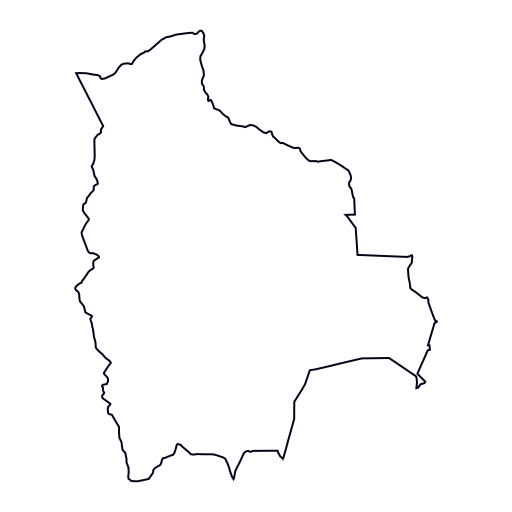 map outline of Bolivia (Robinson projection)
{"feature_id": "BOL", "entity_name": "Bolivia", "entity_type": "country or territory", "adm_level": 0, "iso_a3": "BOL", "parent_name": "South America", "parent_adm1": "", "projection": "robinson", "projection_center": [-65.153, -16.301], "detail": "fine", "context": "isolated", "style": "outline", "palette": "ink", "viewbox_px": 512, "rotation_deg": 0, "n_neighbors": 0, "source": "natural_earth", "source_scale": "50m", "svg_char_len": 4966}
<svg xmlns="http://www.w3.org/2000/svg" viewBox="0 0 512 512"><path d="M79.3,297.2L79.3,295.6L78.9,293.2L77.7,291.3L75.8,290.0L75.2,288.4L75.8,286.7L79.4,283.5L81.4,282.9L81.9,281.3L83.0,279.9L86.4,275.1L88.4,272.0L90.4,270.1L92.7,268.8L93.7,267.7L93.2,264.3L93.3,262.0L94.1,260.5L96.4,259.0L98.5,257.8L99.0,257.3L98.8,256.4L96.9,254.7L92.9,253.1L90.3,253.3L88.6,252.0L87.8,250.8L82.5,236.7L81.6,233.4L81.7,232.2L85.1,225.2L86.5,222.9L88.9,219.6L88.5,218.3L84.2,212.9L82.8,210.3L82.9,207.7L83.3,204.5L85.8,202.8L86.5,200.3L87.0,197.8L88.0,196.9L89.1,195.5L90.4,193.4L92.4,191.6L93.6,190.2L93.8,186.4L94.8,185.4L97.5,184.1L97.8,183.1L97.2,180.6L95.8,177.8L94.7,176.5L93.2,169.8L91.7,166.5L92.3,165.2L93.3,163.5L94.4,160.1L94.7,156.2L94.4,141.9L94.4,139.1L95.8,137.1L97.7,134.8L99.4,133.9L101.0,132.5L100.8,129.8L101.9,128.1L103.2,126.1L99.1,118.2L95.6,111.3L92.3,104.7L88.4,97.2L85.9,92.2L82.7,86.0L79.9,80.6L76.2,73.2L79.6,73.0L86.7,73.3L93.5,74.6L98.1,75.2L100.0,76.3L100.5,78.1L101.7,79.0L103.2,78.7L104.9,78.5L108.6,76.7L111.6,75.4L114.2,74.0L115.6,72.5L118.8,67.5L121.4,64.7L123.8,63.7L128.5,63.3L130.0,64.1L131.9,64.0L133.5,61.1L136.1,57.9L141.0,53.9L143.6,52.9L145.1,51.5L147.8,51.3L150.2,49.8L161.6,39.8L166.3,37.2L169.2,36.7L171.6,36.1L175.7,34.7L185.8,33.3L192.4,32.7L194.5,34.1L196.8,33.7L198.9,31.4L200.5,30.7L201.7,30.8L203.5,33.4L204.3,36.3L203.8,38.4L203.9,41.5L204.7,45.6L204.2,49.3L201.8,54.0L200.5,56.0L200.2,58.0L200.4,60.7L201.6,65.0L203.6,71.1L203.9,75.6L202.5,78.6L201.8,81.1L201.9,83.2L202.4,84.7L203.4,85.6L203.9,87.3L204.0,89.8L205.2,92.3L207.4,94.6L208.4,96.9L207.9,99.1L208.1,100.4L208.7,101.0L209.4,100.5L210.2,99.9L210.9,100.1L212.5,103.1L212.7,103.8L213.6,106.2L213.9,108.1L216.2,109.2L218.7,110.0L220.1,111.0L222.9,114.0L225.3,116.0L228.2,117.6L229.2,120.1L231.0,124.0L236.0,125.5L241.8,126.2L245.4,127.1L250.0,125.0L252.9,125.3L256.0,126.7L257.3,127.7L259.6,129.7L263.2,132.2L266.1,133.2L268.2,131.8L270.1,131.3L271.5,131.9L272.3,134.6L273.1,136.5L274.8,137.9L278.5,141.6L280.6,143.1L282.9,143.0L287.8,145.4L292.9,147.7L295.6,148.1L298.2,147.7L299.9,148.6L300.6,151.4L305.1,157.0L307.2,159.2L309.7,161.1L316.2,161.1L318.1,161.7L320.9,161.2L329.5,160.2L331.1,159.9L335.9,162.4L341.7,165.9L345.5,168.6L348.1,170.2L349.5,172.6L350.6,175.2L351.1,178.0L350.4,180.8L349.4,181.9L349.0,183.7L349.4,186.3L351.3,188.7L352.0,191.7L353.0,196.8L354.2,198.5L354.9,214.6L351.0,214.7L345.6,214.9L347.2,216.4L351.6,222.4L355.7,227.9L356.3,236.8L356.7,242.4L357.2,250.2L357.5,254.9L367.8,255.3L379.6,255.8L393.9,256.4L406.4,256.9L407.6,256.9L409.8,256.2L411.2,255.4L412.1,255.4L412.3,257.3L411.9,259.7L411.9,262.5L408.3,267.9L408.0,269.7L408.5,276.8L409.7,282.6L410.3,287.9L411.7,289.5L415.9,292.3L422.3,297.4L424.8,298.1L427.0,297.4L428.3,299.5L428.5,302.9L431.9,312.3L434.1,318.3L435.1,320.3L436.8,321.4L436.5,322.2L435.1,322.5L434.4,323.6L432.4,330.3L429.8,339.1L428.0,345.3L429.5,345.4L429.6,347.1L429.9,349.8L428.0,350.1L427.4,351.0L425.2,356.1L422.2,362.8L419.2,369.6L417.4,373.7L420.3,376.7L425.3,381.7L424.5,383.1L422.3,383.8L420.5,384.3L419.1,386.2L418.3,387.6L416.4,388.1L417.0,382.4L416.5,377.5L415.9,376.2L407.2,370.3L399.4,365.0L389.0,358.0L375.7,358.2L361.8,358.4L348.6,361.5L335.6,364.6L329.5,366.1L317.1,369.0L309.8,370.3L307.9,375.9L305.0,384.3L302.2,389.2L298.9,394.4L294.3,401.7L294.2,410.5L294.2,418.9L290.9,430.7L288.1,440.7L285.5,450.4L283.6,457.1L282.9,458.8L282.5,458.3L280.2,456.3L278.1,452.5L277.6,450.8L277.3,450.7L264.8,450.8L252.7,450.9L251.5,451.7L249.7,451.7L248.5,451.0L247.2,451.0L245.4,451.8L243.8,453.3L239.2,463.3L236.9,467.6L235.2,471.4L234.0,478.0L233.5,479.1L232.0,476.8L229.9,470.8L229.0,467.4L227.6,463.5L225.2,458.6L222.4,457.1L220.7,456.7L218.2,455.7L213.8,454.5L211.9,454.3L199.2,454.2L198.2,454.0L193.3,454.6L190.8,454.2L188.1,451.5L182.3,446.7L181.1,445.2L178.8,444.2L177.5,444.1L176.7,445.0L175.7,449.0L174.5,452.6L173.2,454.7L169.0,456.2L165.2,457.8L163.0,458.2L161.9,460.0L161.4,462.5L160.4,464.8L154.8,468.2L153.5,469.7L152.9,473.0L149.8,477.3L148.8,478.9L143.9,480.0L137.5,481.3L133.7,481.2L131.1,480.9L130.4,480.1L128.6,478.9L128.3,477.6L128.3,475.7L128.7,472.4L128.5,467.7L126.4,462.2L126.6,460.4L126.3,457.8L125.3,452.8L122.7,450.2L121.9,446.0L121.6,442.4L119.4,437.8L119.0,431.9L119.0,426.9L115.5,421.1L111.9,414.8L108.9,414.0L108.2,413.3L107.9,411.5L107.8,408.7L108.0,407.1L110.3,404.3L110.4,403.9L109.9,403.4L104.1,399.3L102.6,398.1L102.1,396.7L102.2,395.4L103.5,394.0L104.2,393.0L102.9,390.1L103.0,387.5L102.1,386.4L102.2,385.5L103.0,384.8L106.8,384.0L108.0,381.3L108.0,379.1L107.4,377.5L103.9,373.6L103.9,372.9L107.5,367.4L110.1,363.8L110.8,363.0L110.6,362.3L109.9,361.3L108.3,359.9L106.1,358.4L104.3,356.5L102.0,353.8L99.0,351.4L96.8,349.1L95.7,347.2L95.7,345.2L95.4,341.9L93.9,336.5L93.5,332.9L92.9,328.9L92.2,326.3L91.9,323.7L90.9,321.0L90.3,319.0L91.1,317.6L91.9,316.5L91.8,315.8L86.2,312.9L85.3,312.1L83.9,306.3L79.8,301.1L79.3,297.2Z" fill="none" stroke="#020617" stroke-width="2"/></svg>